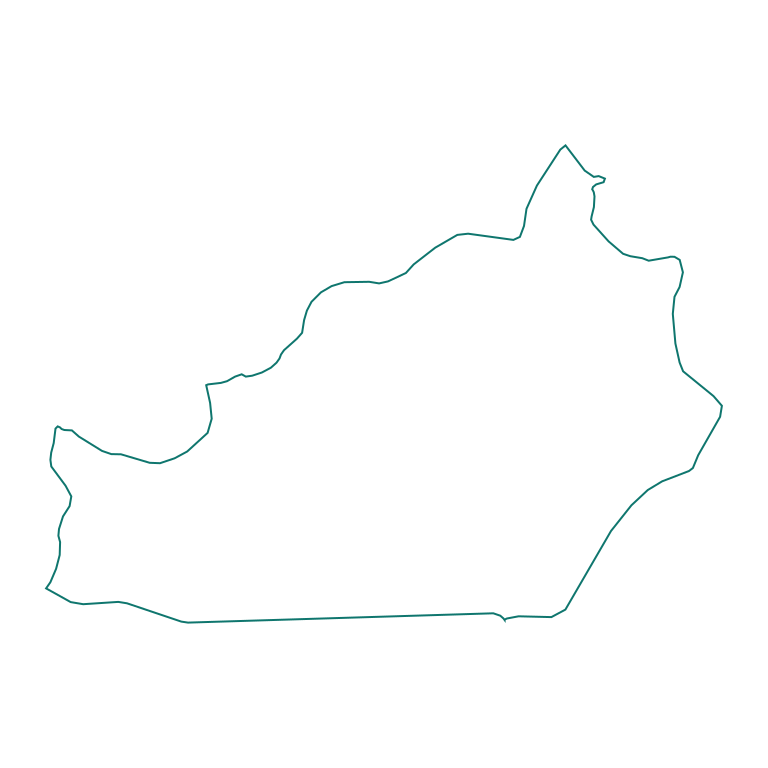 SVG path tracing the border of Semnan
{"feature_id": "IRN-3215", "entity_name": "Semnan", "entity_type": "Province", "adm_level": 1, "iso_a3": "IRN", "parent_name": "Iran", "parent_adm1": "", "projection": "natural_earth1", "projection_center": [54.411, 35.84], "detail": "fine", "context": "isolated", "style": "outline", "palette": "teal", "viewbox_px": 768, "rotation_deg": 0, "n_neighbors": 0, "source": "natural_earth", "source_scale": "10m", "svg_char_len": 1615}
<svg xmlns="http://www.w3.org/2000/svg" viewBox="0 0 768 768"><path d="M245.8,376.6L252.2,375.7L261.9,372.5L270.9,367.7L276.5,362.7L279.5,358.5L281.0,354.5L284.0,350.2L297.0,338.6L302.1,332.8L304.1,320.1L306.9,310.6L311.5,301.8L321.0,292.3L331.6,286.1L344.4,282.2L369.2,281.8L379.1,283.4L388.0,281.4L405.9,273.0L413.7,264.4L435.2,247.7L457.3,234.9L468.1,233.7L513.4,239.9L519.9,236.9L524.0,226.0L526.5,208.8L536.9,185.6L560.3,149.6L565.5,145.4L584.7,170.6L593.8,176.9L598.7,176.1L604.9,178.6L603.6,182.2L596.2,184.4L593.0,187.0L592.2,189.3L593.0,190.6L593.8,192.3L594.5,196.4L593.9,207.1L591.6,216.5L591.1,219.7L593.5,224.6L608.6,241.4L623.1,253.8L630.3,256.2L642.3,258.2L648.7,260.7L668.0,257.4L670.5,256.7L674.5,256.8L679.7,259.9L682.9,272.3L679.6,287.0L674.5,296.8L672.8,313.9L675.4,343.5L679.6,362.5L683.1,371.3L713.5,396.1L721.9,405.8L720.1,416.8L698.2,455.2L692.9,468.0L689.0,471.0L662.2,481.3L647.8,490.0L631.4,505.3L611.0,531.0L565.4,609.6L551.4,617.1L518.6,616.3L506.9,618.5L504.6,619.6L504.6,620.0L503.4,618.4L500.3,615.7L493.3,613.3L188.0,622.6L181.3,621.6L127.0,603.3L118.3,601.9L83.2,604.2L70.7,602.1L46.1,588.4L50.4,582.2L56.1,568.8L59.7,555.0L60.1,542.1L58.4,535.8L59.0,529.0L63.0,516.4L69.6,506.1L71.3,496.4L65.6,485.8L51.3,466.5L50.4,459.8L51.2,452.6L53.7,443.1L55.5,428.6L57.7,426.4L60.0,427.4L61.6,429.0L64.3,430.0L71.9,430.4L78.9,436.6L102.0,450.9L111.3,454.1L121.0,454.3L149.7,462.8L160.0,463.2L174.6,458.3L187.2,451.5L207.6,432.9L211.7,418.7L210.1,402.9L206.2,385.2L208.1,384.4L220.9,382.9L227.0,381.2L235.1,376.6L241.7,374.3L245.8,376.6Z" fill="none" stroke="#0f766e" stroke-width="2"/></svg>